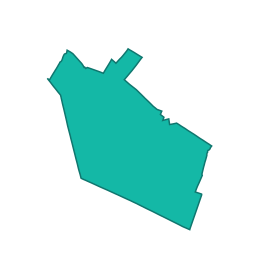 Tan Thanh, Long An, Vietnam, rotated 20°
{"feature_id": "81297802B33329086183777", "entity_name": "Tan Thanh", "entity_type": "district", "adm_level": 2, "iso_a3": "VNM", "parent_name": "Vietnam", "parent_adm1": "Long An", "projection": "robinson", "projection_center": [105.96, 10.628], "detail": "fine", "context": "isolated", "style": "filled", "palette": "teal", "viewbox_px": 256, "rotation_deg": 20, "n_neighbors": 0, "source": "geoboundaries", "source_scale": "gbopen_adm2", "svg_char_len": 2523}
<svg xmlns="http://www.w3.org/2000/svg" viewBox="0 0 256 256"><g transform="rotate(20 128 128)"><path d="M157.8,195.7L161.2,196.0L167.3,196.7L173.4,197.4L179.5,198.0L186.1,198.8L203.9,200.8L210.0,201.5L212.8,201.9L214.2,202.0L216.1,202.1L220.8,202.4L220.7,201.3L220.6,195.6L220.5,188.6L220.1,164.9L220.3,164.9L213.1,165.1L213.1,161.5L213.2,158.9L213.5,155.3L214.0,147.1L213.6,146.6L213.2,146.0L213.1,144.8L212.8,142.3L212.5,139.5L212.4,138.8L212.2,136.0L212.1,135.5L211.9,133.0L211.9,132.2L211.8,130.8L211.6,128.2L211.5,127.4L211.5,127.1L211.4,126.5L211.3,126.2L211.2,126.0L211.0,125.7L210.9,125.4L210.9,125.0L210.9,124.6L210.9,124.4L211.0,124.0L211.1,123.7L211.0,123.3L210.8,122.8L210.7,122.4L210.7,122.2L210.7,121.8L210.8,121.7L211.0,121.5L211.5,121.1L211.8,120.6L211.9,120.4L212.1,119.9L212.2,119.4L212.2,118.4L212.3,117.9L212.5,117.3L212.8,116.3L210.4,115.7L205.2,114.5L203.3,114.0L198.6,113.0L194.8,112.0L192.8,111.5L187.8,110.4L184.5,109.7L184.3,109.6L182.4,109.1L177.7,108.1L174.0,107.2L172.0,106.8L169.2,108.6L166.1,110.4L165.9,110.5L163.2,105.5L158.1,109.0L158.1,106.9L158.1,105.6L153.8,104.2L153.8,103.6L153.9,102.4L153.9,101.6L153.9,101.1L154.0,100.8L154.0,100.6L148.9,100.6L144.1,98.9L141.8,97.8L138.3,96.2L133.0,93.9L132.9,93.8L130.7,92.8L128.8,91.9L127.6,91.4L124.8,90.1L122.8,89.2L114.6,86.5L108.0,83.9L112.1,72.7L114.3,66.0L116.3,59.2L117.1,56.8L116.0,56.6L110.2,55.4L108.4,55.0L104.7,54.3L102.8,54.0L101.0,53.6L100.7,55.0L100.4,56.1L98.6,61.4L97.7,63.8L96.6,66.1L94.5,71.3L93.5,70.8L91.1,69.9L89.1,69.1L88.8,71.1L88.0,75.3L86.9,80.6L86.6,82.2L86.1,85.0L82.2,84.9L80.6,84.9L71.2,85.0L69.0,85.1L68.0,86.5L66.5,85.6L66.1,86.1L64.2,84.5L62.4,83.2L57.1,80.4L53.2,78.3L50.7,77.0L47.9,76.3L44.2,75.7L44.5,77.6L44.6,78.5L44.5,78.9L44.4,79.1L43.5,79.8L43.0,80.3L42.9,80.6L42.8,81.1L42.7,81.9L42.6,83.7L42.7,85.7L42.7,86.7L42.6,87.5L42.4,88.2L42.1,88.7L41.6,89.3L41.5,89.5L41.5,90.6L41.4,91.0L41.2,91.9L41.0,93.0L40.9,93.8L40.3,97.0L40.0,98.2L39.5,100.8L39.3,101.6L38.8,104.1L38.1,107.9L37.8,109.6L35.8,109.2L35.2,109.0L39.0,111.3L43.8,114.4L48.0,116.9L49.7,118.0L53.3,120.1L54.6,122.0L54.9,122.5L55.0,122.7L56.9,125.6L58.2,127.7L61.3,132.3L64.5,137.2L67.5,141.8L70.6,146.7L77.0,156.0L77.4,156.7L80.1,160.6L83.2,165.2L86.4,169.9L89.5,174.5L92.7,179.1L94.0,181.1L95.8,183.8L99.1,188.3L100.9,191.0L101.0,191.2L102.2,191.4L104.9,191.6L105.5,191.6L109.3,191.9L111.1,192.0L117.3,192.5L120.7,192.8L126.6,193.2L129.9,193.4L152.2,195.2L155.0,195.4L157.8,195.7Z" fill="#14b8a6" stroke="#0f766e" stroke-width="1.5"/></g></svg>